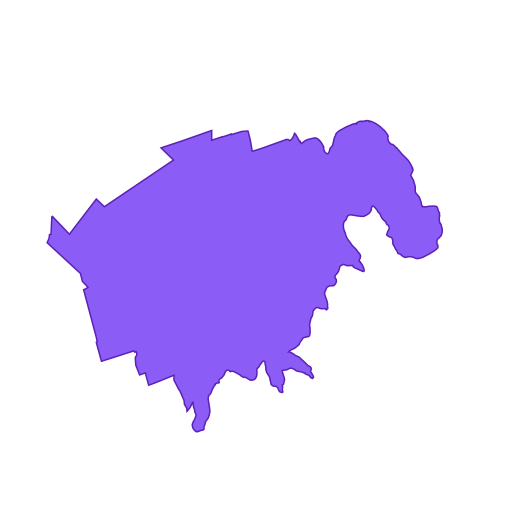 the district of Techirghiol, Constanta, Romania, rotated 336°
{"feature_id": "2599482B24507492005350", "entity_name": "Techirghiol", "entity_type": "district", "adm_level": 2, "iso_a3": "ROU", "parent_name": "Romania", "parent_adm1": "Constanta", "projection": "natural_earth1", "projection_center": [28.603, 44.038], "detail": "fine", "context": "isolated", "style": "filled", "palette": "violet", "viewbox_px": 512, "rotation_deg": 336, "n_neighbors": 0, "source": "geoboundaries", "source_scale": "gbopen_adm2", "svg_char_len": 6154}
<svg xmlns="http://www.w3.org/2000/svg" viewBox="0 0 512 512"><g transform="rotate(336 256 256)"><path d="M299.5,139.0L299.4,138.5L293.6,136.4L282.9,135.1L283.1,134.5L273.4,133.6L273.5,133.3L262.6,132.2L266.6,123.3L235.6,120.8L213.2,118.6L219.6,134.8L137.5,149.3L133.3,139.0L94.4,160.2L86.1,137.0L85.4,137.2L77.6,152.7L76.1,152.4L74.1,155.7L70.6,158.9L88.5,200.5L87.1,208.6L89.8,216.3L86.6,216.7L84.8,216.7L77.1,264.9L76.0,269.9L75.1,269.8L74.8,270.9L72.0,289.3L105.7,293.0L106.2,294.7L107.5,294.4L107.7,295.6L106.9,297.8L104.4,299.7L101.8,306.7L101.3,317.3L107.3,317.8L105.4,330.4L111.3,330.8L132.7,331.6L130.9,335.1L130.6,336.3L131.2,347.0L131.6,348.0L131.5,358.7L130.3,362.4L130.8,366.7L129.8,369.8L131.8,368.9L134.0,367.7L137.3,365.1L138.4,363.9L138.9,364.0L137.5,368.6L137.3,371.6L136.6,373.8L136.8,375.5L136.5,377.1L134.0,379.8L131.0,382.1L129.2,384.0L128.7,385.4L128.4,387.7L128.7,389.5L129.7,392.0L131.2,392.8L135.2,393.0L136.3,393.4L137.2,393.4L138.1,393.0L138.4,392.6L138.5,391.9L139.3,390.3L139.5,390.3L140.2,389.9L142.6,386.8L146.3,384.7L148.8,382.0L150.5,379.6L151.6,376.6L154.2,366.9L155.8,364.5L158.8,363.1L161.1,360.8L165.3,357.4L165.8,357.5L166.4,356.7L166.7,356.7L166.8,356.3L168.9,356.2L170.4,356.9L171.1,356.4L171.2,355.0L171.5,354.5L172.1,354.0L173.2,353.6L175.2,353.4L178.7,351.5L179.6,350.5L181.3,349.1L183.0,348.5L183.7,348.7L184.6,349.3L185.2,350.7L185.7,351.3L187.0,351.4L187.7,351.7L189.0,352.9L192.6,357.5L194.1,360.4L195.3,361.7L197.3,362.8L200.1,366.9L202.1,368.0L204.7,368.1L205.9,367.5L207.4,366.3L208.2,365.3L209.5,362.8L210.6,359.9L211.4,359.3L213.6,358.4L214.1,358.1L214.7,357.4L217.2,356.2L218.1,355.5L219.6,354.9L220.5,355.2L220.9,355.7L221.0,356.4L220.7,357.5L220.0,360.1L220.1,360.5L218.8,363.9L218.5,366.0L218.4,366.9L219.0,371.0L219.1,372.9L218.5,374.7L218.2,376.6L217.6,379.1L217.7,380.0L218.9,382.0L220.6,382.8L221.6,383.7L222.3,385.3L222.1,386.7L222.3,389.5L223.5,390.8L224.8,391.4L225.3,391.0L225.8,388.5L227.4,385.9L227.2,385.5L227.5,384.6L228.3,384.3L229.1,384.3L230.2,382.6L230.8,382.0L231.8,380.6L232.2,378.9L233.1,371.8L233.4,371.3L238.0,372.5L240.8,372.3L241.7,372.5L242.9,373.0L243.9,373.9L245.1,375.5L246.1,377.3L250.9,380.9L252.4,382.5L253.1,382.6L253.0,383.7L255.7,386.5L256.1,387.2L256.4,389.2L257.8,390.9L259.3,390.2L259.4,389.1L259.4,387.4L259.1,385.3L258.7,384.1L259.8,382.7L260.2,381.9L260.8,381.2L260.7,379.6L260.4,379.0L258.9,377.3L257.1,372.5L254.1,365.7L251.4,362.7L250.4,360.7L249.1,359.0L247.8,357.5L246.7,356.9L248.5,356.2L254.3,355.9L259.2,354.5L261.6,352.4L265.8,350.0L267.9,350.2L271.3,351.0L272.4,350.6L273.5,349.3L274.1,348.3L276.2,343.5L276.6,341.5L277.6,339.6L281.0,335.2L282.6,334.1L283.8,332.8L285.5,329.8L287.0,328.8L289.9,327.7L290.6,327.8L291.4,328.2L293.4,330.2L294.5,330.9L298.1,332.4L298.3,332.7L298.1,333.4L298.5,333.9L299.1,333.6L298.9,333.4L300.4,333.0L300.5,332.8L300.5,332.0L301.9,328.9L302.5,326.4L303.1,319.1L303.3,318.3L304.7,316.4L305.7,315.7L307.5,313.9L308.2,313.4L310.3,313.2L311.4,313.4L314.5,314.6L315.5,314.6L316.8,314.0L318.3,312.9L318.9,312.3L319.4,311.3L319.7,310.2L319.5,307.4L320.2,306.2L323.9,304.4L325.7,303.0L328.2,300.0L328.8,299.5L329.8,299.2L332.6,299.3L335.2,301.8L336.9,302.6L340.6,304.0L340.4,304.8L340.5,305.6L341.4,306.9L346.9,313.1L347.9,313.9L348.6,313.7L348.9,313.4L349.2,312.5L349.2,311.4L349.5,310.9L349.5,309.2L349.4,306.6L348.9,304.8L348.9,303.7L348.0,302.7L348.2,302.3L350.2,300.4L351.2,299.1L351.6,298.2L351.7,297.3L351.6,296.3L350.6,292.7L350.0,290.0L348.3,285.9L347.2,280.5L346.5,277.7L346.4,274.2L346.9,271.1L347.0,267.5L347.8,264.7L348.3,263.4L349.8,261.1L351.2,260.1L353.0,259.6L354.7,257.8L356.2,256.6L357.6,256.5L359.5,257.0L364.4,260.3L368.6,262.8L370.5,263.6L373.0,263.6L376.5,263.1L378.3,262.2L379.7,261.0L380.0,260.9L380.3,260.6L380.3,260.3L380.8,259.3L381.9,258.2L382.7,257.8L383.3,258.1L383.9,258.9L384.6,260.8L384.8,261.7L385.1,262.5L385.3,263.4L385.3,265.1L386.3,267.6L386.3,271.8L386.7,273.8L388.3,277.7L388.3,279.9L388.6,280.9L389.2,281.5L389.5,283.1L389.0,284.9L385.9,287.6L384.0,289.8L384.0,290.2L384.8,291.7L385.7,292.8L387.3,294.3L387.5,295.1L387.2,297.4L385.9,300.9L386.3,304.4L386.3,306.8L386.6,307.6L386.8,309.1L386.8,311.6L387.9,312.3L388.4,312.9L390.1,316.3L391.3,317.7L392.4,318.1L396.0,319.0L399.4,321.2L400.3,322.5L401.9,323.8L403.1,324.3L407.4,325.0L408.9,325.0L415.3,324.6L420.5,323.9L423.8,323.1L425.2,322.5L425.8,322.0L426.5,320.1L426.3,318.6L426.9,316.8L427.5,315.7L428.3,314.8L429.8,313.9L430.5,314.0L433.4,312.7L435.5,310.4L436.7,308.2L437.3,306.3L437.8,302.3L437.8,301.3L437.4,300.7L437.9,298.3L438.6,296.2L440.2,293.9L440.4,293.4L440.3,292.9L441.2,291.2L441.2,290.7L440.9,289.5L441.4,286.0L441.2,284.3L439.0,282.8L434.8,281.1L430.0,279.8L429.4,279.2L428.0,278.7L428.2,277.6L428.0,276.5L428.7,274.1L429.1,269.1L429.0,268.2L427.7,263.8L427.7,261.9L429.7,257.3L430.2,254.1L430.2,253.2L430.6,251.3L430.2,245.4L431.0,244.3L431.7,244.0L433.2,242.4L434.1,241.9L434.7,240.2L434.7,239.7L434.4,239.5L434.4,239.2L434.8,238.9L434.6,234.7L433.9,230.4L430.7,221.9L429.3,217.1L428.4,214.8L428.6,214.7L428.6,214.4L428.1,214.2L427.4,211.9L426.2,209.6L425.2,209.2L423.8,206.2L423.8,204.5L424.4,201.6L425.4,200.5L425.5,199.8L425.5,198.5L424.5,194.0L421.8,187.8L419.6,184.2L418.7,183.0L415.8,179.7L414.5,179.0L414.2,179.3L414.0,179.1L414.3,178.7L413.3,177.8L411.0,176.9L410.2,177.2L409.4,176.6L408.4,176.3L408.2,176.6L407.0,176.1L407.0,175.7L406.0,175.3L404.9,175.1L402.2,175.3L401.9,175.4L401.5,176.3L401.2,176.2L401.3,175.7L401.0,175.5L398.2,174.9L390.5,174.8L383.1,175.4L380.0,176.3L378.7,177.0L377.5,178.4L375.8,179.7L371.0,186.0L370.2,186.6L367.5,187.7L365.1,190.7L364.3,191.4L363.1,191.7L362.0,190.8L361.5,189.9L361.3,189.1L361.1,188.1L361.4,185.6L361.8,184.8L362.0,184.3L361.9,183.9L362.1,183.9L362.2,183.2L362.1,181.7L361.7,178.6L361.2,176.8L361.0,176.2L360.6,176.2L360.5,175.9L360.8,175.6L359.6,173.5L358.6,172.5L357.3,171.9L350.5,170.6L347.8,170.7L343.1,171.7L342.9,169.2L342.5,169.4L341.7,160.9L341.1,159.6L339.3,161.5L337.6,162.9L336.0,163.8L333.8,164.5L333.3,163.4L332.5,162.5L331.4,161.9L305.4,160.0L295.1,158.9L297.9,148.1L299.5,139.0Z" fill="#8b5cf6" stroke="#5b21b6" stroke-width="1.5"/></g></svg>